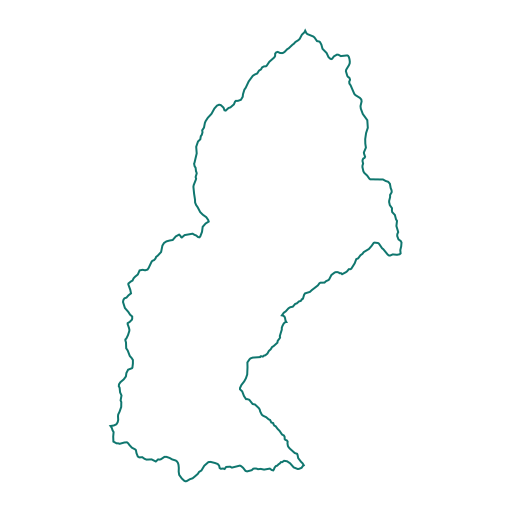 outline of Pomabamba, Áncash, Peru
{"feature_id": "86281439B64426099138433", "entity_name": "Pomabamba", "entity_type": "district", "adm_level": 2, "iso_a3": "PER", "parent_name": "Peru", "parent_adm1": "Áncash", "projection": "equal_earth", "projection_center": [-77.411, -8.715], "detail": "fine", "context": "isolated", "style": "outline", "palette": "teal", "viewbox_px": 512, "rotation_deg": 0, "n_neighbors": 0, "source": "geoboundaries", "source_scale": "gbopen_adm2", "svg_char_len": 6053}
<svg xmlns="http://www.w3.org/2000/svg" viewBox="0 0 512 512"><path d="M137.8,456.5L139.3,457.4L142.3,457.2L144.5,458.8L146.5,459.6L151.6,459.4L155.8,461.5L158.1,459.4L159.7,459.6L161.0,459.2L164.4,456.9L166.6,456.9L169.7,458.0L172.1,459.4L175.7,460.5L177.0,461.5L178.0,463.1L178.5,464.9L178.8,467.9L178.7,471.7L179.2,474.9L181.8,478.5L184.4,480.9L185.6,481.3L186.7,481.1L189.9,479.2L192.6,478.3L194.7,476.6L197.8,473.9L199.1,471.9L201.4,470.5L204.3,465.7L208.4,462.1L210.6,461.9L215.0,463.0L217.7,464.0L219.1,465.6L219.7,468.1L220.9,468.8L223.0,468.5L224.6,469.0L226.0,467.1L226.7,466.9L230.1,466.7L231.9,467.6L239.9,465.6L241.2,466.2L243.1,467.8L245.5,470.9L247.1,471.4L251.7,470.2L253.3,468.7L254.7,468.5L256.5,468.6L258.0,469.2L260.7,468.9L264.1,469.6L269.8,468.6L271.7,470.0L273.2,470.4L273.9,469.4L274.6,467.6L275.8,466.1L277.3,465.6L278.5,464.3L279.8,463.5L280.9,462.1L282.2,462.1L284.1,460.8L287.1,461.3L290.1,463.3L293.7,467.4L297.7,469.0L298.9,468.9L301.6,467.8L302.8,466.0L303.8,465.3L302.5,463.2L301.1,461.9L298.2,458.1L297.5,454.7L297.1,453.8L294.7,453.0L289.6,448.4L288.2,446.6L287.9,445.9L287.5,443.7L287.6,441.5L286.9,440.5L285.3,439.8L284.7,439.1L284.6,436.8L283.9,435.5L282.0,434.5L279.6,430.9L277.6,428.9L275.6,426.2L274.4,425.7L273.6,424.5L273.2,423.1L271.3,422.5L270.1,420.0L268.6,419.3L266.2,417.2L263.2,415.8L261.8,414.7L260.2,411.5L259.7,409.5L258.8,408.1L255.0,404.5L252.6,404.0L249.3,399.8L247.2,399.1L246.0,399.1L244.0,396.1L242.2,391.4L240.0,389.3L240.0,388.0L241.4,385.0L244.2,381.4L245.9,378.3L247.2,374.5L247.5,367.3L247.4,362.4L249.6,359.2L250.5,358.4L252.7,357.6L260.1,357.1L260.4,356.5L260.9,356.2L262.8,356.6L264.0,355.6L265.3,355.3L267.4,353.6L268.9,350.9L270.7,349.3L272.1,347.0L273.5,346.2L277.4,342.7L277.7,340.9L279.8,338.1L280.1,337.2L279.8,336.1L281.8,329.6L281.8,327.7L282.5,325.8L283.8,323.4L285.5,322.0L286.3,322.0L285.5,320.5L285.0,317.9L284.4,316.5L283.2,315.7L281.9,315.4L283.8,312.7L285.7,311.4L288.5,308.3L290.3,307.2L292.8,306.7L295.2,303.9L296.8,303.4L299.0,301.4L300.6,301.0L301.2,300.5L301.7,299.3L302.5,299.1L303.0,298.5L304.1,294.8L305.0,293.4L309.9,291.9L311.8,290.1L317.9,285.4L319.4,283.3L320.4,282.7L324.5,282.6L326.0,281.2L328.6,280.0L329.3,279.1L331.4,275.0L334.7,272.5L335.9,272.1L337.5,272.1L338.9,272.6L339.5,273.2L341.0,273.2L342.1,274.2L345.9,272.2L347.1,271.3L348.8,269.2L350.4,269.2L351.3,268.7L354.7,263.3L356.3,259.1L358.1,258.4L360.5,255.2L362.4,253.9L363.7,252.1L368.9,249.0L371.6,245.9L373.7,242.9L374.5,242.6L377.9,243.0L378.9,243.6L382.1,248.3L383.3,249.2L387.7,254.6L389.0,255.5L390.2,255.5L392.8,254.4L397.0,254.8L399.6,254.3L400.6,253.4L400.3,250.1L401.2,246.3L401.5,242.5L400.7,241.0L398.5,239.4L397.2,236.0L397.3,234.1L398.2,232.1L396.4,226.0L397.0,220.9L396.0,219.3L394.9,215.0L392.2,212.1L391.9,210.4L392.0,208.2L389.8,205.1L389.1,202.0L389.2,200.6L390.1,197.2L390.1,194.9L391.6,192.4L391.7,191.6L391.5,190.1L390.7,188.1L389.9,183.8L388.2,181.8L385.7,181.0L383.0,179.5L370.2,179.3L369.3,178.6L367.2,175.6L364.3,172.9L363.4,171.4L362.4,167.0L362.5,165.5L363.1,163.6L362.5,161.0L362.6,160.0L363.2,158.6L364.5,157.9L365.1,156.8L364.0,153.6L363.9,152.4L365.9,147.6L365.3,143.6L365.2,139.1L366.1,133.0L367.8,127.8L367.3,120.2L362.8,114.0L360.8,108.6L360.5,106.1L361.6,101.4L361.3,99.5L359.9,97.9L355.4,95.1L354.3,93.9L350.6,85.3L349.4,83.6L349.2,81.7L350.0,80.0L350.0,79.5L349.3,77.7L348.0,76.9L347.3,75.9L345.9,71.2L346.2,69.7L349.0,65.1L349.7,63.3L349.8,61.6L349.5,59.3L348.9,57.1L348.1,55.8L347.2,55.4L340.8,56.1L338.5,54.8L337.0,54.6L333.9,56.4L332.1,58.8L331.2,59.1L330.2,58.7L328.5,57.1L326.6,53.0L322.5,48.8L321.4,44.7L320.0,42.1L319.1,41.5L317.0,41.1L314.5,37.5L313.3,36.5L307.4,34.1L306.4,33.2L305.2,30.7L304.5,32.2L301.9,34.7L299.7,38.9L298.3,40.2L295.4,42.0L293.7,43.9L292.6,44.6L288.6,48.4L287.3,49.1L284.5,52.0L283.0,52.9L282.2,53.1L280.1,53.0L277.7,51.9L276.2,52.4L275.2,53.6L275.1,56.0L274.3,57.4L269.3,61.8L266.7,65.7L265.9,66.3L264.0,66.4L262.1,67.4L261.0,69.4L259.0,70.6L257.2,73.5L254.8,74.5L252.8,75.8L248.7,81.4L245.7,87.8L244.4,89.6L243.0,94.2L242.7,96.8L240.9,99.8L237.8,100.9L235.8,100.9L235.0,101.7L233.9,104.4L230.4,107.4L228.5,108.0L225.7,110.6L224.5,110.3L223.5,107.6L220.8,105.1L219.1,104.7L217.0,105.6L214.4,108.5L211.5,113.8L207.8,117.8L205.6,121.2L204.9,122.9L204.0,127.6L202.2,130.3L202.5,132.3L201.8,134.8L200.8,136.2L200.3,139.3L198.0,141.5L196.2,146.8L196.7,153.4L194.5,162.7L194.1,163.7L194.6,166.2L195.6,167.8L196.0,171.2L196.5,172.4L196.7,173.5L195.7,176.7L195.7,177.5L196.1,178.5L195.9,179.5L193.7,185.1L193.4,186.8L194.1,193.8L195.0,199.6L195.1,202.5L196.1,205.0L197.7,207.3L200.2,212.1L202.8,214.7L206.3,217.2L208.2,220.0L208.7,221.6L205.6,223.5L202.7,226.8L202.0,231.9L200.3,236.3L199.5,237.3L198.1,237.1L196.2,235.5L194.4,234.8L192.6,233.7L184.6,235.1L181.8,237.5L181.2,237.2L180.3,235.7L179.1,234.6L175.8,236.4L172.7,240.0L169.7,240.5L166.4,241.4L164.0,243.0L162.4,245.6L161.1,252.0L157.7,255.7L156.1,256.9L155.5,258.5L154.1,260.1L152.4,260.8L151.6,261.7L148.6,268.0L147.5,269.6L145.1,270.3L142.6,269.8L139.6,270.4L137.8,274.5L135.1,276.7L133.6,278.3L132.5,280.6L131.0,281.4L128.4,283.5L128.3,284.4L130.3,289.9L131.0,293.4L128.5,295.3L126.5,297.6L124.5,298.3L123.6,299.5L123.3,300.4L123.0,302.0L124.9,308.0L128.3,311.9L130.1,314.7L132.2,316.5L132.2,318.7L131.9,319.7L129.6,322.0L127.7,323.1L127.6,324.0L129.0,328.0L129.4,329.9L129.3,331.0L128.0,335.1L126.3,338.6L125.4,339.4L125.4,340.5L126.0,342.5L126.2,348.3L127.7,350.5L129.8,356.0L131.6,358.0L132.9,360.0L132.9,363.6L132.4,367.6L132.0,368.2L128.1,369.7L126.4,373.0L125.9,376.4L125.5,377.0L123.7,379.4L120.4,382.2L119.0,384.3L118.8,386.3L119.6,387.7L120.1,392.4L121.5,395.5L120.6,400.4L121.3,402.1L121.2,407.0L119.6,411.6L118.2,414.5L118.0,416.2L118.2,419.9L117.7,422.1L116.8,423.7L116.2,424.4L113.8,425.5L110.5,426.0L111.7,427.7L112.6,430.4L113.6,432.1L113.2,436.6L113.4,441.6L116.5,443.3L118.0,443.3L119.7,443.8L124.4,442.5L126.9,442.3L128.2,443.3L129.4,445.0L131.9,447.7L135.0,449.3L135.9,450.1L136.5,453.2L137.8,456.5Z" fill="none" stroke="#0f766e" stroke-width="2"/></svg>